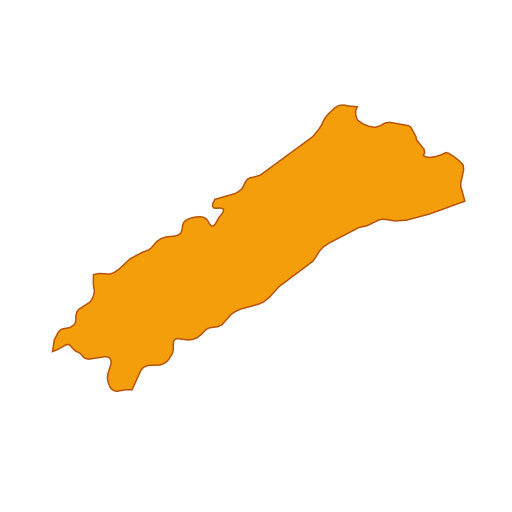 the County of Ialomita, rotated 322°
{"feature_id": "ROU-132", "entity_name": "Ialomita", "entity_type": "County", "adm_level": 1, "iso_a3": "ROU", "parent_name": "Romania", "parent_adm1": "", "projection": "mercator", "projection_center": [27.089, 44.61], "detail": "fine", "context": "isolated", "style": "filled", "palette": "amber", "viewbox_px": 512, "rotation_deg": 322, "n_neighbors": 0, "source": "natural_earth", "source_scale": "10m", "svg_char_len": 2301}
<svg xmlns="http://www.w3.org/2000/svg" viewBox="0 0 512 512"><g transform="rotate(322 256 256)"><path d="M76.0,285.1L70.4,280.8L62.9,276.9L60.8,274.0L60.1,271.3L60.6,268.4L61.3,265.6L62.6,262.8L64.0,260.4L66.0,258.2L75.4,251.7L76.9,249.9L78.0,247.0L77.3,244.8L75.2,242.5L60.6,234.3L58.2,231.2L57.7,228.4L57.7,225.6L56.9,223.0L55.2,219.6L54.7,216.8L54.5,211.4L53.1,209.8L50.8,208.8L41.2,207.4L36.8,206.0L45.3,198.0L53.5,194.2L56.9,193.8L59.5,194.7L65.1,197.8L70.4,198.2L73.1,197.0L75.3,194.8L77.2,192.3L80.4,189.7L83.6,188.9L96.5,190.1L100.0,189.1L103.1,187.4L105.7,185.4L107.3,183.7L110.3,178.3L116.4,170.6L121.8,173.3L129.8,180.4L134.0,181.6L139.8,182.0L155.4,180.7L169.7,183.3L172.2,184.3L175.1,185.1L178.6,185.1L186.9,183.5L191.5,183.7L197.1,185.7L204.1,190.2L207.4,191.6L210.8,191.6L214.2,189.6L216.6,187.0L219.5,185.1L223.2,184.6L228.8,186.3L232.6,188.2L235.8,190.3L238.0,192.5L239.3,194.9L239.7,197.2L239.6,199.4L239.1,201.5L239.1,203.3L239.4,204.9L240.4,205.8L242.1,206.1L243.7,205.7L250.4,202.9L255.9,201.6L258.1,200.4L259.2,198.9L258.2,197.1L256.5,195.5L253.9,193.8L252.3,192.1L252.4,190.1L253.3,188.7L258.5,186.0L278.2,194.0L282.0,194.5L286.7,194.3L292.2,191.6L296.3,190.2L299.5,190.7L302.4,192.3L309.0,194.9L374.1,196.9L383.4,194.9L388.7,193.0L393.0,190.7L398.3,188.9L409.3,187.7L414.4,188.6L418.5,191.4L420.4,193.9L427.7,200.8L423.9,202.9L421.2,206.6L419.6,211.2L421.4,217.3L424.8,223.3L429.0,227.9L433.5,229.7L439.5,230.6L443.7,233.0L456.3,247.1L457.2,249.1L456.9,252.2L455.6,260.1L454.0,263.5L454.1,275.4L452.6,278.4L449.9,279.6L450.6,282.2L453.8,285.5L459.1,288.4L464.9,290.5L469.4,291.4L471.2,294.0L473.3,300.1L474.9,307.0L475.2,312.1L472.5,316.1L462.6,324.3L460.4,326.9L454.3,341.4L418.3,329.6L396.6,320.4L386.8,313.7L381.7,308.0L378.1,304.7L375.0,303.3L361.8,300.4L354.9,297.0L321.7,290.8L314.5,290.3L308.5,291.3L301.6,294.0L297.4,295.1L255.0,294.3L241.1,296.8L233.9,296.9L228.2,295.5L210.8,288.2L205.2,287.0L200.5,286.7L186.8,289.2L182.4,288.2L175.3,284.0L172.5,283.3L168.9,283.4L165.2,284.1L159.3,284.1L154.8,282.8L150.8,280.4L143.1,272.6L141.0,271.8L138.8,272.3L137.1,273.8L133.5,278.5L131.5,280.4L129.2,281.7L123.5,283.8L119.4,284.3L116.1,283.8L113.1,282.7L105.5,277.1L102.1,275.2L98.7,274.5L94.9,275.2L76.0,285.1Z" fill="#f59e0b" stroke="#b45309" stroke-width="1.5"/></g></svg>